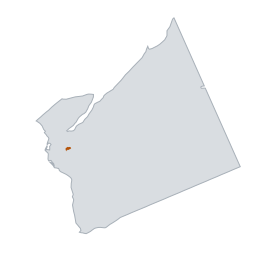 location of Shibin al-Qanatir, Al Qalyubiyah, Egypt, rotated 246°
{"feature_id": "37247803B12662956160688", "entity_name": "Shibin al-Qanatir", "entity_type": "district", "adm_level": 2, "iso_a3": "EGY", "parent_name": "Egypt", "parent_adm1": "Al Qalyubiyah", "projection": "equal_earth", "projection_center": [31.303, 30.296], "detail": "fine", "context": "in_parent", "style": "filled", "palette": "amber", "viewbox_px": 256, "rotation_deg": 246, "n_neighbors": 0, "source": "geoboundaries", "source_scale": "gbopen_adm2", "svg_char_len": 3650}
<svg xmlns="http://www.w3.org/2000/svg" viewBox="0 0 256 256"><g transform="rotate(246 128 128)"><path d="M209.9,214.8L205.4,214.8L200.9,214.8L196.4,214.8L191.9,214.8L187.4,214.8L182.9,214.8L178.4,214.8L173.9,214.8L169.5,214.8L165.0,214.8L160.5,214.8L156.0,214.8L151.5,214.8L147.0,214.8L142.5,214.8L138.0,214.8L135.4,214.8L135.9,213.2L136.1,212.0L135.8,211.2L135.0,211.0L134.4,211.3L133.1,214.7L132.3,214.8L130.8,214.8L125.5,214.8L120.3,214.8L115.1,214.8L109.8,214.8L104.6,214.8L99.4,214.8L94.1,214.8L88.9,214.8L83.7,214.8L78.4,214.8L73.2,214.8L68.0,214.8L62.7,214.8L57.5,214.8L52.3,214.8L47.0,214.8L47.1,210.7L47.2,206.6L47.2,202.5L47.3,198.4L47.4,194.2L47.4,190.1L47.5,186.0L47.6,181.9L47.6,177.8L47.7,173.8L47.8,169.7L47.9,165.6L47.9,161.5L48.0,157.4L48.1,153.4L48.1,149.3L48.2,145.2L48.3,141.2L48.4,137.1L48.4,133.1L48.5,129.0L48.6,125.0L48.7,121.0L48.8,116.9L48.8,112.9L48.9,108.9L49.0,104.9L49.1,100.8L49.2,96.8L49.2,92.8L49.3,88.8L49.4,84.8L49.3,84.1L48.6,81.4L48.0,77.9L47.4,73.7L47.3,72.3L46.2,68.0L46.1,66.8L46.4,65.9L48.5,62.2L49.2,60.5L49.7,58.3L49.9,56.6L49.4,54.0L48.8,51.6L48.6,49.2L48.5,46.8L49.6,45.2L50.9,43.6L51.3,42.7L52.1,41.7L52.6,41.2L53.5,43.3L55.6,43.7L62.4,41.8L69.8,43.7L73.9,44.4L80.2,46.0L84.0,48.9L85.0,49.3L87.8,49.2L89.6,51.0L96.8,51.8L100.6,53.7L102.8,55.2L104.1,55.7L105.3,55.6L106.9,55.0L108.9,53.9L111.0,52.5L115.5,48.7L117.1,48.0L118.1,48.2L119.4,48.1L119.9,47.1L120.6,46.4L121.0,45.6L121.7,44.6L124.0,44.4L128.6,42.7L128.1,43.5L123.9,45.3L125.7,45.6L127.5,44.9L129.7,44.5L130.0,43.7L130.3,42.3L130.7,42.1L132.2,42.3L136.6,44.6L137.6,44.7L140.7,43.4L141.4,43.2L142.3,43.8L144.6,46.7L143.8,46.6L141.4,44.2L141.2,45.4L139.8,47.5L141.5,48.4L142.9,48.8L143.7,50.0L144.2,51.0L145.6,50.6L146.6,49.1L146.0,48.3L145.7,47.5L146.1,47.5L147.1,48.2L149.9,50.9L150.8,51.5L151.9,51.4L154.1,50.6L154.7,50.7L157.8,49.7L158.1,50.4L158.6,51.2L161.0,50.4L164.8,50.4L167.9,49.5L171.5,47.3L171.8,47.0L172.0,47.5L172.5,49.0L173.6,52.8L174.6,55.7L175.8,59.8L176.2,61.3L176.4,62.4L178.1,66.9L179.2,70.6L180.0,73.6L181.1,78.0L181.5,79.6L180.8,80.4L179.4,83.3L177.9,92.4L175.7,99.5L175.4,104.0L175.1,105.6L174.0,107.9L172.7,110.1L170.4,109.0L166.5,105.1L164.3,101.3L161.9,98.9L159.6,95.8L159.0,93.5L159.0,92.0L158.0,88.5L157.3,86.8L154.5,83.0L153.7,81.0L153.1,80.1L152.5,78.8L151.5,73.9L150.4,70.8L149.2,71.6L149.4,72.9L148.3,74.8L147.7,76.9L148.2,78.6L150.4,81.2L150.9,82.3L151.4,84.8L151.4,88.2L151.7,89.4L153.4,91.9L154.0,93.4L154.4,94.6L154.9,95.8L156.6,98.0L159.0,102.2L161.3,105.0L163.0,106.4L163.7,107.7L163.9,111.3L163.8,112.9L165.2,116.1L165.8,117.7L167.2,119.0L167.8,120.5L168.5,123.0L169.4,130.2L170.6,131.9L174.5,141.4L177.7,147.4L179.3,151.9L181.7,157.4L186.5,169.5L189.3,173.2L190.4,175.3L192.4,176.9L194.6,179.3L192.5,179.1L192.0,179.2L191.3,179.6L191.0,181.0L190.8,182.2L191.1,188.3L191.7,191.5L193.6,197.4L195.0,199.2L195.7,200.3L196.6,201.2L201.0,203.2L203.5,207.5L209.3,213.0L209.9,214.5L209.9,214.8Z" fill="#d9dde1" stroke="#a8b0b8" stroke-width="1"/><path d="M134.5,64.9L134.5,64.7L134.4,64.4L134.2,64.2L134.1,64.3L134.1,64.2L134.3,64.0L134.3,63.8L134.3,63.7L134.2,63.7L134.1,63.4L134.0,63.2L133.9,63.2L133.7,63.1L133.7,63.3L133.6,63.2L133.5,63.3L133.4,63.3L133.5,63.4L133.5,63.5L133.4,63.5L133.4,63.8L133.5,64.0L133.6,64.3L133.5,64.5L133.4,64.6L133.2,64.6L133.0,64.8L133.1,65.0L133.0,65.3L133.1,65.5L133.1,65.8L133.2,66.0L133.0,66.3L133.0,66.5L133.2,66.8L133.2,67.0L133.3,67.0L133.5,67.0L133.6,66.9L133.7,66.7L133.8,66.6L133.8,66.4L133.7,66.4L133.7,66.2L133.7,65.9L133.7,65.7L133.8,65.7L134.0,65.7L134.1,65.4L134.1,65.2L134.3,65.1L134.5,65.0L134.5,64.9Z" fill="#f59e0b" stroke="#b45309" stroke-width="1.5"/></g></svg>